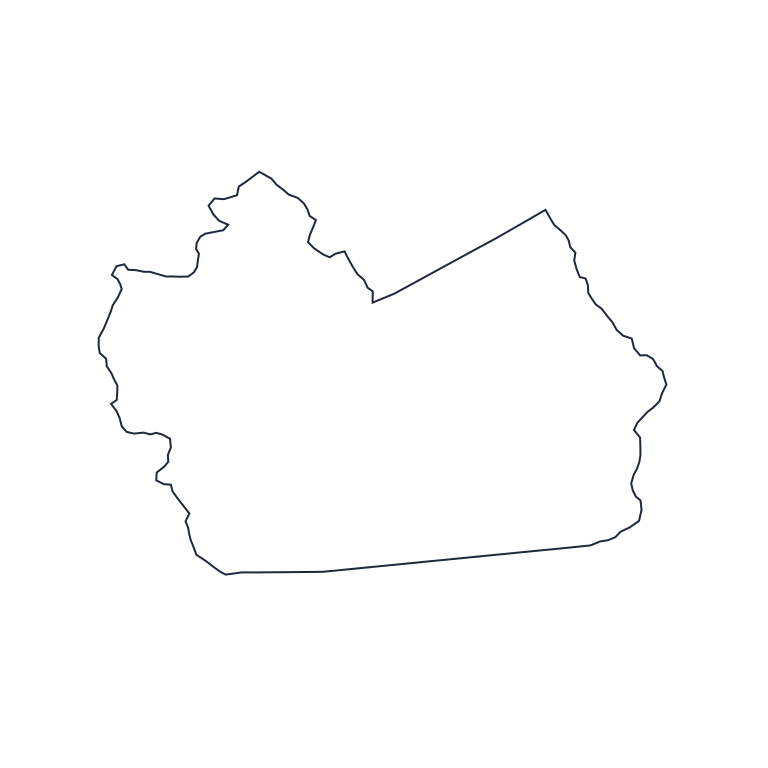 the district of Vila Valério, Espírito Santo, Brazil, rotated 61°
{"feature_id": "56859067B4716518331885", "entity_name": "Vila Valério", "entity_type": "district", "adm_level": 2, "iso_a3": "BRA", "parent_name": "Brazil", "parent_adm1": "Espírito Santo", "projection": "albers", "projection_center": [-40.357, -18.961], "detail": "fine", "context": "isolated", "style": "outline", "palette": "slate", "viewbox_px": 768, "rotation_deg": 61, "n_neighbors": 0, "source": "geoboundaries", "source_scale": "gbopen_adm2", "svg_char_len": 2277}
<svg xmlns="http://www.w3.org/2000/svg" viewBox="0 0 768 768"><g transform="rotate(61 384 384)"><path d="M627.4,227.4L619.0,219.8L610.2,216.1L604.5,218.3L597.6,218.0L590.8,216.0L584.5,209.7L580.7,203.8L575.9,198.4L570.8,194.4L565.1,191.2L555.0,186.0L545.4,187.7L540.6,181.0L538.7,174.7L536.2,167.5L535.1,159.9L532.7,151.5L527.0,145.4L521.4,137.3L513.4,135.7L507.7,134.1L500.8,136.6L492.7,136.5L486.2,140.3L483.2,146.1L473.9,147.9L464.4,145.3L457.6,151.5L449.5,154.3L440.9,154.3L432.9,155.8L423.9,157.1L417.0,160.2L409.9,160.9L403.4,161.2L396.2,157.7L389.5,156.5L385.4,160.9L377.1,159.9L368.1,157.7L361.9,152.9L354.7,154.8L348.1,152.9L342.2,152.9L335.1,155.1L327.6,158.0L319.3,158.3L310.0,158.3L310.9,215.4L310.6,240.4L310.0,330.9L307.3,354.5L297.5,348.9L291.9,351.6L283.0,351.0L275.2,354.0L265.1,354.5L256.7,354.5L248.9,354.2L246.5,363.3L246.9,370.1L241.2,374.4L231.3,379.4L223.1,381.7L217.4,376.3L212.0,369.3L207.6,364.1L201.0,367.5L193.8,366.3L187.3,366.5L179.3,369.3L172.3,375.4L165.5,377.9L157.5,381.4L149.8,382.9L137.9,390.2L139.0,398.1L140.2,406.6L140.9,415.2L147.6,421.0L146.2,427.9L144.7,434.5L139.6,442.2L143.0,451.0L153.0,451.0L161.3,449.1L169.1,443.1L171.6,450.0L168.3,460.1L165.9,467.4L166.1,473.3L169.7,479.3L174.6,482.8L180.5,482.8L185.5,486.8L191.0,490.7L194.2,496.3L195.1,503.2L190.9,511.1L187.4,516.9L184.4,522.4L178.4,528.4L172.5,534.2L169.5,539.5L164.2,545.7L160.0,552.4L153.4,553.1L151.3,560.8L156.7,569.1L162.9,566.3L168.6,566.3L173.9,567.4L179.4,575.1L183.6,583.0L188.0,587.7L193.1,593.9L199.4,601.9L205.3,611.0L212.1,615.0L219.0,617.6L227.2,614.8L234.2,617.9L242.2,617.2L249.9,617.9L256.1,617.9L261.9,621.3L268.4,625.5L269.0,632.3L278.1,631.1L285.6,631.7L293.9,633.9L301.1,632.3L306.2,626.7L310.0,617.8L314.8,612.8L316.3,606.9L320.7,602.4L328.2,597.7L336.2,601.2L341.2,607.4L347.5,610.4L349.9,616.9L351.2,625.7L357.9,629.9L364.9,625.1L368.7,619.2L375.2,621.0L383.3,620.1L393.4,618.5L402.9,617.0L407.9,624.1L415.1,625.1L421.4,627.3L426.7,628.7L433.2,629.5L442.3,630.9L452.7,625.5L461.6,621.7L468.9,618.2L474.0,614.8L479.7,600.0L487.7,585.5L491.7,578.2L518.5,528.8L559.6,433.7L604.1,330.8L609.2,319.1L613.7,308.7L625.3,281.6L626.5,271.2L629.2,263.9L630.1,255.8L627.9,248.8L628.5,238.5L627.4,227.4Z" fill="none" stroke="#1e293b" stroke-width="2"/></g></svg>